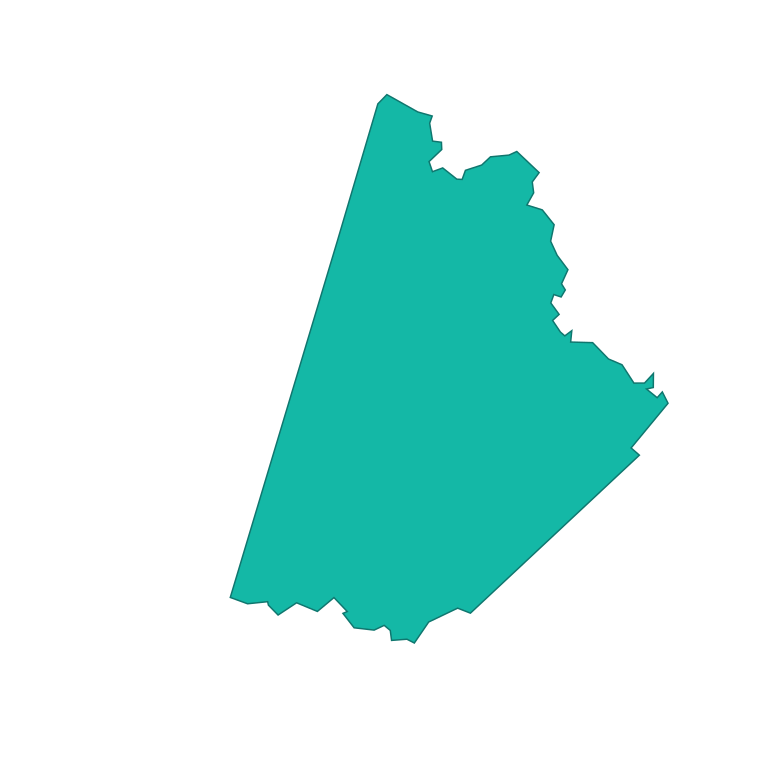 Houston, Texas, United States of America (Robinson projection), rotated 146°
{"feature_id": "52423323B46548202222593", "entity_name": "Houston", "entity_type": "district", "adm_level": 2, "iso_a3": "USA", "parent_name": "United States of America", "parent_adm1": "Texas", "projection": "robinson", "projection_center": [-95.52, 31.26], "detail": "fine", "context": "isolated", "style": "filled", "palette": "teal", "viewbox_px": 768, "rotation_deg": 146, "n_neighbors": 0, "source": "geoboundaries", "source_scale": "gbopen_adm2", "svg_char_len": 1047}
<svg xmlns="http://www.w3.org/2000/svg" viewBox="0 0 768 768"><g transform="rotate(146 384 384)"><path d="M630.8,293.0L620.0,278.1L602.2,268.6L603.5,265.3L601.0,251.7L578.8,251.5L566.4,232.7L544.9,234.9L541.7,215.9L546.3,216.8L545.1,198.6L529.8,185.5L518.8,183.8L516.6,176.2L521.1,167.2L507.7,159.6L503.7,152.3L480.0,161.7L448.3,157.0L440.5,145.7L212.1,182.2L214.9,192.8L159.3,209.2L157.7,221.8L165.2,219.9L169.2,233.1L162.7,230.5L154.7,242.1L167.5,239.1L176.3,245.0L175.9,266.8L183.9,279.2L187.9,301.6L205.8,314.4L198.5,323.2L207.2,322.8L208.7,328.4L208.7,342.4L199.9,343.8L200.4,357.9L193.2,363.2L188.5,357.1L181.1,360.6L180.8,367.8L167.6,375.9L168.5,393.8L166.0,409.2L153.9,420.9L155.4,439.8L165.5,452.5L153.0,458.8L148.1,468.6L137.2,472.5L143.9,502.5L152.4,503.9L168.7,512.8L180.6,510.9L197.0,515.6L204.8,509.9L209.1,513.1L214.5,530.3L225.1,532.9L222.3,543.2L205.0,546.1L201.2,552.3L207.9,558.2L200.3,574.7L194.2,579.2L203.9,590.7L219.8,622.3L232.4,619.7L343.1,528.3L630.8,293.0Z" fill="#14b8a6" stroke="#0f766e" stroke-width="1.5"/></g></svg>